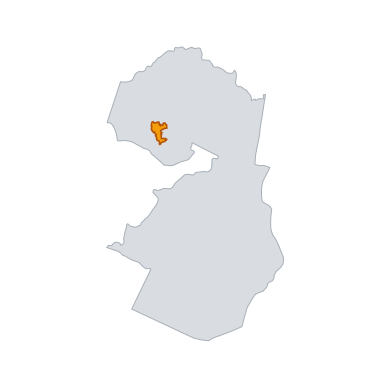 Lupososhi, Northern, Zambia shown in context, rotated 297°
{"feature_id": "96606910B11970238956391", "entity_name": "Lupososhi", "entity_type": "district", "adm_level": 2, "iso_a3": "ZMB", "parent_name": "Zambia", "parent_adm1": "Northern", "projection": "orthographic", "projection_center": [29.571, -10.656], "detail": "fine", "context": "in_parent", "style": "filled", "palette": "amber", "viewbox_px": 384, "rotation_deg": 297, "n_neighbors": 0, "source": "geoboundaries", "source_scale": "gbopen_adm2", "svg_char_len": 7501}
<svg xmlns="http://www.w3.org/2000/svg" viewBox="0 0 384 384"><g transform="rotate(297 192 192)"><path d="M249.2,250.3L234.3,250.3L229.0,251.5L224.5,253.4L219.2,256.3L216.2,258.3L215.4,259.4L215.0,261.8L215.0,265.6L214.4,268.3L212.9,270.8L204.9,273.8L199.7,276.3L194.6,279.2L190.7,283.0L188.1,287.7L183.8,293.4L174.7,303.7L169.5,305.7L165.0,305.3L159.6,303.2L155.4,302.9L152.2,304.2L149.3,303.9L146.6,301.7L144.4,301.0L142.6,301.6L140.2,301.5L136.0,300.4L132.2,296.8L130.2,295.3L128.7,294.8L124.3,294.2L114.2,293.6L103.8,295.6L94.7,297.6L85.1,289.6L75.8,281.2L73.8,279.1L70.4,276.3L67.9,274.9L66.9,274.2L64.2,266.6L62.6,259.6L60.3,191.4L102.0,190.5L104.7,190.2L104.8,189.5L102.8,185.9L102.8,184.6L103.3,182.1L105.0,177.1L105.1,175.5L104.2,170.1L104.2,167.1L104.5,161.0L104.2,159.0L105.1,156.2L105.4,154.4L105.8,153.6L105.3,151.5L104.3,144.3L103.8,141.3L106.3,141.7L107.2,143.2L107.7,144.8L108.8,144.9L111.8,145.8L112.9,147.1L113.6,150.0L113.3,151.5L112.3,152.7L113.3,153.7L115.3,154.4L116.5,154.2L119.8,152.1L122.9,151.4L124.5,150.8L131.5,149.4L132.8,148.7L133.8,148.7L134.5,149.2L133.9,151.3L133.7,153.1L134.6,156.6L135.3,158.2L136.8,159.3L137.8,159.9L139.0,161.1L141.4,160.9L146.8,162.6L148.4,163.4L150.7,164.1L152.3,164.4L157.8,165.0L163.6,165.9L166.6,166.0L168.7,165.7L170.2,165.2L171.1,164.6L171.5,164.1L173.7,157.6L174.8,157.1L176.2,156.7L177.1,157.3L178.0,161.4L182.3,165.1L183.7,168.2L184.8,170.9L185.7,171.6L187.3,172.5L189.8,172.8L192.1,172.9L203.4,177.4L204.7,178.2L206.1,180.7L206.9,183.4L207.8,185.6L209.3,186.0L210.6,186.2L211.9,187.6L212.8,188.9L216.2,194.3L216.7,196.4L218.3,197.9L220.5,198.5L222.5,198.5L223.7,197.9L226.6,196.8L228.8,195.5L230.4,195.1L231.4,195.3L232.1,196.2L232.6,198.9L234.2,199.8L235.4,199.4L235.9,198.4L235.9,197.9L235.9,169.8L234.8,170.0L233.5,170.8L230.6,170.9L229.4,171.5L229.0,172.4L229.3,173.6L229.3,175.1L228.9,175.9L227.6,176.2L225.7,175.6L222.2,174.8L219.4,174.3L217.3,172.2L214.5,169.0L212.7,167.4L208.3,164.1L207.5,163.5L206.2,161.9L205.0,159.3L203.9,156.3L203.3,154.3L204.4,151.4L206.9,141.6L207.5,138.6L209.6,135.5L209.8,132.7L208.9,129.2L209.1,127.3L209.4,116.1L208.8,112.6L207.3,108.7L204.1,103.3L204.1,102.1L209.0,98.6L210.5,97.2L213.1,94.4L214.8,92.0L215.9,90.0L216.3,87.4L215.4,85.0L217.1,84.5L257.8,78.3L258.4,80.0L259.6,82.7L261.0,84.8L262.8,86.6L264.2,87.7L265.2,88.0L271.5,87.9L273.7,89.0L275.7,90.4L276.2,92.5L277.4,93.9L278.8,94.9L279.4,95.1L280.4,94.8L282.1,94.8L283.7,95.3L284.4,95.7L284.5,97.5L284.9,98.3L287.1,98.7L289.2,98.8L291.3,100.0L293.5,100.3L296.1,100.8L297.3,102.1L300.1,103.5L303.4,104.7L307.1,106.7L307.2,107.3L307.8,108.5L308.5,109.3L308.5,110.6L308.8,111.7L309.8,112.0L310.6,112.1L311.3,111.3L312.3,111.3L313.4,111.8L313.7,113.2L314.6,114.9L315.9,116.2L316.8,117.3L316.5,119.5L315.9,121.4L317.7,123.3L320.1,125.2L320.8,126.0L320.9,128.7L321.3,129.6L322.9,131.9L323.7,133.4L323.6,134.3L319.2,138.7L316.4,139.3L315.3,140.2L314.5,141.1L316.2,145.6L317.1,147.3L316.3,149.4L314.5,152.9L313.7,153.3L313.6,156.0L314.1,157.0L314.9,157.7L315.3,159.6L315.1,164.1L314.0,169.3L315.9,173.9L316.5,174.4L319.3,174.4L319.7,174.8L319.1,176.1L317.1,178.1L313.6,179.6L308.6,181.2L307.5,182.9L306.8,185.2L307.4,186.6L308.0,187.4L307.8,189.5L307.3,191.7L307.5,193.4L307.2,194.9L306.5,195.7L305.6,198.0L304.5,200.3L303.7,201.3L302.4,202.4L300.4,203.3L300.5,203.8L302.7,204.9L303.2,205.6L303.4,206.1L302.5,207.3L303.5,208.0L304.8,208.6L305.9,210.1L307.3,213.1L307.5,213.4L307.9,213.4L308.6,213.1L310.0,211.9L311.0,211.5L312.2,213.2L291.3,220.1L286.4,221.6L279.1,224.0L276.7,225.0L274.8,225.9L255.4,231.4L252.4,232.4L245.6,235.3L245.3,235.7L245.4,237.0L246.0,239.7L247.2,242.2L248.2,243.6L248.8,247.2L249.2,250.3Z" fill="#d9dde1" stroke="#a8b0b8" stroke-width="1"/><path d="M237.7,140.6L239.3,139.4L239.8,139.2L240.1,139.2L240.3,139.0L240.5,138.6L240.5,138.3L240.5,138.2L240.5,137.8L240.6,137.6L240.7,137.4L240.8,137.3L240.9,137.2L241.1,136.8L240.9,136.6L240.9,136.4L241.0,136.0L241.0,135.8L240.7,135.7L240.3,135.5L240.0,135.1L239.9,135.1L239.7,135.1L239.0,135.6L238.7,135.8L238.2,135.7L237.9,135.4L237.7,134.9L237.6,134.4L237.8,133.9L238.0,133.7L238.0,133.4L237.8,133.2L237.7,133.0L237.5,132.9L237.3,132.9L237.1,133.0L236.8,133.2L236.9,132.9L237.0,132.9L237.2,132.5L237.2,132.4L237.2,132.2L237.3,132.0L237.4,131.9L237.6,131.7L237.8,131.8L237.8,131.7L238.0,131.7L238.3,131.5L238.5,131.5L238.6,131.4L238.8,131.3L238.9,131.2L238.9,130.9L239.1,130.8L239.0,130.7L238.9,130.4L238.8,130.2L238.9,129.9L238.5,129.7L238.4,129.5L238.3,129.3L238.3,129.2L238.1,129.2L237.8,128.9L237.7,128.7L237.3,128.5L237.2,128.4L236.9,128.2L236.8,127.9L236.7,127.9L236.6,127.7L236.5,127.4L236.6,127.2L236.5,126.9L236.6,126.7L236.4,126.6L236.5,126.5L236.5,126.4L236.6,126.1L236.7,125.9L236.8,125.7L237.0,125.5L237.0,125.4L236.8,125.2L236.7,125.2L236.5,124.9L236.3,124.9L236.2,124.9L236.0,124.7L235.9,124.7L235.7,124.6L232.5,125.6L232.5,125.9L232.6,126.0L232.4,126.4L232.2,126.5L231.9,126.6L231.5,126.6L231.2,126.6L230.8,126.8L230.6,126.8L230.4,126.9L230.1,127.0L230.0,127.3L229.9,127.3L229.7,127.3L229.6,127.5L229.3,127.6L229.2,127.7L229.0,127.9L228.9,128.2L228.6,128.3L228.6,128.5L228.4,128.5L228.2,128.6L228.3,128.6L228.3,128.8L228.5,128.9L228.4,129.0L228.3,129.4L228.2,129.4L228.2,129.5L228.1,129.8L228.0,130.1L227.9,130.0L227.7,130.2L227.6,130.3L227.5,130.5L227.4,130.7L227.4,130.8L227.5,130.9L227.5,131.0L227.8,131.2L228.0,131.2L228.1,131.3L228.1,131.5L228.3,131.6L228.1,131.7L228.0,131.8L227.9,131.7L227.6,131.9L227.5,132.2L227.4,132.4L227.1,132.9L227.1,133.3L227.1,133.5L226.9,134.3L226.7,134.3L226.3,134.1L226.2,134.0L226.1,133.9L225.5,133.9L225.5,134.0L225.4,134.1L225.3,134.3L225.3,134.6L225.2,134.7L225.2,134.9L225.1,135.0L224.9,135.2L224.9,135.3L224.6,135.6L224.5,135.8L224.3,135.8L224.2,135.9L224.0,136.0L223.9,136.0L223.7,136.1L223.7,136.3L223.4,136.5L223.2,136.5L222.9,136.8L222.9,136.7L222.8,136.8L222.7,136.8L222.6,137.0L222.4,137.1L222.1,137.5L222.2,137.9L222.3,137.9L222.4,138.2L222.4,138.3L222.3,138.5L222.2,138.9L222.3,139.3L222.5,139.4L222.4,139.8L221.0,140.8L220.7,140.8L220.3,140.9L220.0,141.0L219.8,141.4L219.8,141.5L219.7,141.7L220.1,142.1L220.5,142.3L220.9,142.3L221.4,142.1L221.7,142.1L221.9,142.1L222.2,142.3L222.5,142.7L222.7,142.8L222.8,142.9L223.0,143.1L223.5,143.4L223.5,143.5L223.8,143.9L224.0,144.1L224.4,144.3L224.5,144.7L224.8,144.8L225.1,144.9L225.4,145.0L225.8,144.9L226.0,145.0L226.5,145.6L226.8,145.6L227.0,145.5L227.2,145.4L227.5,145.5L227.5,145.4L227.4,145.0L227.4,144.9L227.5,144.7L227.4,144.7L227.5,144.3L227.5,144.2L227.5,143.8L227.4,143.8L227.3,143.6L227.1,143.6L226.9,143.4L226.7,143.2L226.7,142.9L226.7,142.7L226.8,142.4L226.8,142.1L226.4,141.7L226.2,141.4L226.0,141.2L226.1,140.8L226.1,140.5L226.0,140.4L226.3,140.3L226.4,140.2L226.6,139.9L227.0,139.6L227.4,139.6L227.5,139.5L227.7,139.3L227.8,139.2L228.1,139.0L228.3,138.9L228.7,138.7L228.9,138.8L228.9,138.7L229.0,138.6L229.1,138.4L229.3,138.4L229.4,138.2L229.6,138.2L229.8,138.3L229.8,138.1L230.1,138.2L230.3,138.1L230.2,138.0L230.3,137.9L230.5,138.0L230.8,137.9L231.0,137.8L231.2,138.0L231.2,137.7L231.4,137.3L231.5,137.1L231.5,136.8L231.5,136.7L231.8,136.4L232.0,136.4L232.4,136.4L232.5,136.4L232.6,136.5L232.7,136.4L232.8,136.5L233.1,136.5L233.6,136.8L233.9,136.9L233.9,137.1L234.1,137.2L234.5,137.3L234.7,137.6L234.9,137.7L235.0,137.8L235.1,138.0L235.4,137.9L235.4,138.1L235.5,138.2L235.6,138.3L235.9,138.6L236.2,138.7L236.3,139.0L236.5,139.2L236.5,139.3L236.6,139.5L236.9,139.9L237.5,140.2L237.7,140.6Z" fill="#f59e0b" stroke="#b45309" stroke-width="1.5"/></g></svg>